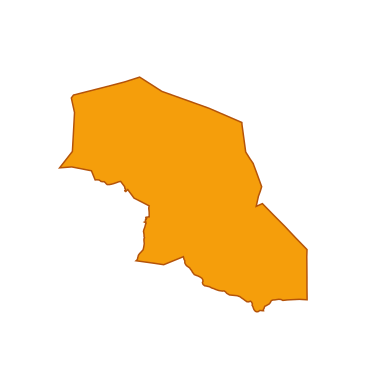 the district of San Juan Teposcolula, Oaxaca, Mexico, rotated 112°
{"feature_id": "50627088B54973725346612", "entity_name": "San Juan Teposcolula", "entity_type": "district", "adm_level": 2, "iso_a3": "MEX", "parent_name": "Mexico", "parent_adm1": "Oaxaca", "projection": "robinson", "projection_center": [-97.39, 17.589], "detail": "fine", "context": "isolated", "style": "filled", "palette": "amber", "viewbox_px": 384, "rotation_deg": 112, "n_neighbors": 0, "source": "geoboundaries", "source_scale": "gbopen_adm2", "svg_char_len": 2514}
<svg xmlns="http://www.w3.org/2000/svg" viewBox="0 0 384 384"><g transform="rotate(112 192 192)"><path d="M248.8,44.9L237.3,49.7L228.4,53.3L222.1,55.9L212.9,59.7L209.1,61.3L202.3,63.8L195.4,79.4L188.9,93.5L182.8,107.8L176.4,122.4L181.3,127.1L171.1,128.8L165.5,129.0L161.0,129.4L150.4,138.9L143.3,145.4L142.6,146.0L139.5,150.7L134.8,157.2L110.8,170.9L108.9,171.8L108.0,207.7L110.0,257.6L105.1,283.6L115.4,296.0L128.9,314.2L146.5,338.2L150.0,339.1L154.3,336.2L162.3,330.7L183.3,323.5L199.2,318.1L219.2,323.8L213.8,312.9L210.0,293.2L217.1,286.3L216.5,285.2L216.1,284.1L215.7,282.8L215.9,281.3L216.3,280.4L215.9,278.6L215.3,277.3L215.9,275.7L216.5,274.6L216.9,273.4L216.1,271.4L215.0,269.7L213.5,267.7L211.5,265.4L210.0,263.8L208.9,262.1L212.4,256.3L213.5,255.9L214.1,254.8L215.1,254.5L215.7,254.9L216.3,254.4L216.4,253.6L213.8,252.5L219.4,243.4L220.1,234.9L220.9,226.5L223.1,226.1L226.7,224.2L231.0,222.4L231.2,223.0L231.4,223.2L231.6,223.3L231.8,223.6L232.6,225.2L233.0,225.3L233.6,224.7L233.6,224.2L234.3,224.2L234.2,224.6L234.5,224.8L235.8,224.6L236.7,223.9L236.9,224.2L237.6,224.4L237.6,224.7L237.7,224.8L237.8,223.4L238.0,222.9L238.7,223.0L241.5,222.7L241.9,222.6L245.2,222.5L246.8,222.2L247.8,221.5L249.5,220.5L251.4,219.7L252.2,218.9L253.4,219.0L254.9,218.4L256.1,217.8L257.8,216.9L260.8,216.2L262.5,215.9L263.9,215.7L266.1,216.5L267.7,217.1L268.6,217.5L270.7,218.0L272.1,217.8L273.4,217.7L274.5,217.4L275.7,217.6L276.7,218.1L272.5,201.4L270.0,191.0L257.0,177.6L255.2,175.8L257.6,174.0L258.3,173.0L260.4,172.1L261.4,171.0L262.2,169.8L262.6,168.7L262.8,167.7L263.3,165.6L264.0,164.7L264.8,163.3L265.4,162.4L266.3,161.4L267.0,160.0L267.7,159.0L267.7,156.3L267.6,155.2L267.8,152.7L268.2,150.7L269.1,149.3L270.7,148.3L271.9,148.5L272.9,147.8L273.6,147.1L274.2,145.2L273.8,143.5L273.6,141.9L273.3,140.4L273.5,138.7L273.6,137.5L273.4,135.4L273.5,133.9L273.4,131.7L273.3,130.2L273.0,128.9L272.4,126.5L271.7,125.3L272.0,123.6L272.9,121.9L273.4,118.7L273.0,117.3L272.1,114.2L271.2,111.1L271.2,109.6L271.1,108.3L271.7,106.2L272.1,104.2L272.6,102.5L272.9,101.1L273.2,99.9L272.6,98.3L271.3,96.8L271.8,95.5L273.1,94.1L274.4,93.9L275.6,92.5L276.6,91.7L277.9,90.4L278.9,88.5L278.8,87.0L278.1,85.8L276.4,84.7L275.8,82.6L275.3,81.2L274.4,81.8L272.9,81.6L271.8,81.7L270.7,81.7L269.8,80.8L268.4,79.7L266.9,78.5L265.0,77.9L263.9,78.0L262.6,77.4L261.8,76.5L260.9,74.6L260.1,73.3L259.0,71.4L258.6,70.2L258.3,69.1L258.5,67.2L256.2,62.9L251.4,52.5L251.3,52.3L248.8,44.9Z" fill="#f59e0b" stroke="#b45309" stroke-width="1.5"/></g></svg>